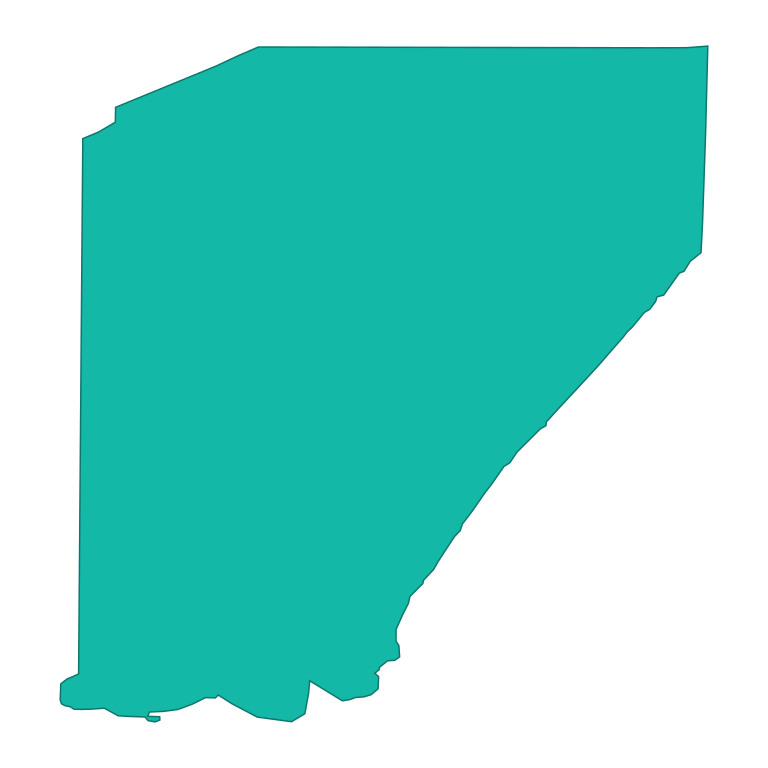 the district of N'Gourti, Diffa, Niger
{"feature_id": "23599985B32057380818540", "entity_name": "N'Gourti", "entity_type": "district", "adm_level": 2, "iso_a3": "NER", "parent_name": "Niger", "parent_adm1": "Diffa", "projection": "orthographic", "projection_center": [13.567, 16.185], "detail": "fine", "context": "isolated", "style": "filled", "palette": "teal", "viewbox_px": 768, "rotation_deg": 0, "n_neighbors": 0, "source": "geoboundaries", "source_scale": "gbopen_adm2", "svg_char_len": 1323}
<svg xmlns="http://www.w3.org/2000/svg" viewBox="0 0 768 768"><path d="M73.7,709.2L82.0,709.4L91.6,709.1L104.3,708.2L118.2,715.8L128.3,716.4L145.0,717.0L148.0,720.6L155.0,721.9L159.9,720.0L159.7,716.7L147.7,716.3L149.5,712.0L163.3,711.4L177.8,709.5L192.2,704.2L205.5,697.6L215.4,697.9L218.2,695.0L231.9,703.7L257.3,717.1L291.5,721.7L304.8,713.8L305.4,710.8L308.6,693.2L309.7,680.8L342.4,700.8L349.7,699.6L355.6,697.5L364.1,696.8L371.1,694.7L378.1,688.8L378.6,676.6L374.8,673.2L379.0,669.9L379.7,667.1L387.6,660.8L394.8,660.3L399.6,656.9L398.9,645.6L396.0,641.1L396.1,629.4L402.5,615.0L408.4,603.4L409.9,596.5L419.9,586.4L422.8,583.7L423.5,580.3L433.6,569.5L438.1,561.6L444.3,552.0L454.7,536.3L460.3,530.5L462.3,524.1L472.1,511.3L484.1,493.9L491.3,484.6L504.0,466.4L509.8,462.8L517.0,452.1L540.3,428.9L545.9,425.7L546.4,421.9L559.3,407.7L577.2,388.5L598.1,365.9L612.5,349.3L623.4,336.9L626.7,332.4L632.0,327.4L644.4,312.4L649.7,309.3L655.6,301.5L657.1,296.8L663.7,295.1L679.3,273.1L684.0,271.3L690.3,261.2L701.0,252.7L702.5,223.8L705.6,132.9L707.8,46.1L686.6,47.7L652.1,47.8L258.4,47.0L239.3,55.2L216.2,66.0L115.6,107.3L115.3,122.2L98.6,132.0L82.8,138.6L78.6,673.9L73.1,676.5L67.2,678.9L60.8,683.8L60.2,699.6L61.4,703.7L64.8,705.6L70.7,706.9L73.8,709.2L73.7,709.2Z" fill="#14b8a6" stroke="#0f766e" stroke-width="1.5"/></svg>